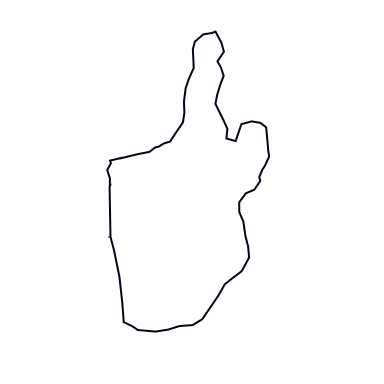 Leksand, Dalarna, Sweden, rotated 304°
{"feature_id": "70781695B69535190961561", "entity_name": "Leksand", "entity_type": "district", "adm_level": 2, "iso_a3": "SWE", "parent_name": "Sweden", "parent_adm1": "Dalarna", "projection": "orthographic", "projection_center": [15.093, 60.74], "detail": "fine", "context": "isolated", "style": "outline", "palette": "ink", "viewbox_px": 384, "rotation_deg": 304, "n_neighbors": 0, "source": "geoboundaries", "source_scale": "gbopen_adm2", "svg_char_len": 1161}
<svg xmlns="http://www.w3.org/2000/svg" viewBox="0 0 384 384"><g transform="rotate(304 192 192)"><path d="M45.9,208.1L47.3,217.2L47.3,224.3L55.8,239.7L64.3,248.9L73.9,256.6L82.0,266.9L89.3,270.3L92.2,271.6L105.4,271.7L120.2,271.8L134.0,270.8L143.6,273.9L154.3,277.5L169.6,276.0L178.3,268.9L185.5,260.8L196.2,251.1L201.8,242.4L209.9,236.9L221.1,237.4L228.8,242.4L239.4,242.4L242.0,239.4L250.1,237.8L253.1,237.8L254.2,237.8L264.3,236.2L265.3,235.4L268.9,232.1L276.5,226.0L287.1,217.3L287.6,210.2L284.0,202.1L275.9,195.0L258.6,199.7L255.6,190.6L264.2,186.0L269.2,177.8L278.2,162.1L286.8,158.5L296.9,155.4L306.0,153.3L311.5,146.2L314.5,140.1L326.2,140.0L332.2,132.9L338.1,121.8L334.6,119.3L334.1,118.7L329.0,113.2L318.3,110.3L310.8,112.9L301.3,120.0L295.7,124.1L283.6,126.2L274.5,128.7L262.4,134.8L253.4,141.4L244.8,145.5L232.7,145.5L221.5,145.6L216.5,141.5L210.9,139.0L208.5,136.6L201.5,134.3L192.9,125.7L180.1,114.1L180.4,114.0L172.2,106.5L170.5,108.7L162.9,109.4L157.4,116.3L151.2,120.4L151.4,120.5L150.2,120.8L109.5,149.3L109.2,149.2L109.3,149.4L100.2,159.8L81.3,179.1L61.0,196.3L46.2,208.0L45.9,208.1Z" fill="none" stroke="#020617" stroke-width="2"/></g></svg>